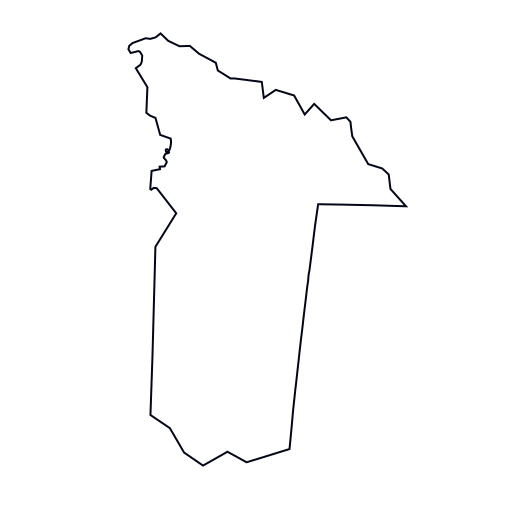 outline of Wicomico, Maryland, United States of America, rotated 95°
{"feature_id": "52423323B57942162225750", "entity_name": "Wicomico", "entity_type": "district", "adm_level": 2, "iso_a3": "USA", "parent_name": "United States of America", "parent_adm1": "Maryland", "projection": "natural_earth1", "projection_center": [-75.697, 38.394], "detail": "fine", "context": "isolated", "style": "outline", "palette": "ink", "viewbox_px": 512, "rotation_deg": 95, "n_neighbors": 0, "source": "geoboundaries", "source_scale": "gbopen_adm2", "svg_char_len": 1553}
<svg xmlns="http://www.w3.org/2000/svg" viewBox="0 0 512 512"><g transform="rotate(95 256 256)"><path d="M255.6,357.0L364.9,350.4L423.6,347.3L435.0,326.8L458.1,310.5L469.4,290.5L453.5,267.4L462.3,247.4L445.4,205.8L435.2,205.7L424.5,205.6L408.7,205.6L407.9,205.6L396.6,205.4L386.9,205.2L384.3,205.2L384.2,205.1L350.1,204.3L348.9,204.3L334.2,203.9L332.2,203.8L319.4,203.4L318.4,203.4L310.7,203.2L292.9,202.6L292.4,202.6L282.5,202.3L275.8,201.9L271.9,202.0L269.2,201.9L265.7,201.5L243.1,200.6L230.9,200.2L220.4,199.8L218.5,199.7L199.0,198.6L197.0,170.5L196.8,166.9L195.3,144.7L194.3,126.7L193.4,110.9L177.5,127.9L163.2,130.9L157.8,137.9L154.7,152.2L128.4,170.5L119.3,172.6L114.1,173.6L110.0,178.1L114.3,193.1L99.4,211.3L110.8,219.8L92.8,232.0L88.8,250.8L97.8,262.0L82.1,265.4L81.0,292.8L81.4,296.8L74.5,310.2L67.0,312.9L59.5,330.3L52.5,340.2L53.7,350.5L49.3,362.2L42.6,370.5L46.9,375.0L48.9,380.2L48.7,384.9L54.6,397.5L57.7,400.6L61.2,401.1L64.7,398.5L62.1,391.1L62.7,389.4L66.2,386.8L72.4,386.7L75.4,387.7L79.4,392.1L97.3,378.9L122.9,377.7L125.4,373.8L127.2,368.2L143.7,362.0L146.5,351.2L148.7,350.7L151.2,350.5L154.0,350.7L156.5,351.0L157.5,351.3L158.0,351.6L158.1,352.4L157.4,354.0L157.5,354.8L158.3,355.2L159.9,354.8L160.2,354.3L160.1,353.5L159.7,352.4L160.0,351.7L160.6,351.7L161.3,352.7L161.7,354.2L162.5,355.4L165.5,356.5L166.3,356.3L168.4,354.1L169.6,353.3L170.4,353.1L174.7,354.9L175.4,359.8L177.9,359.2L180.3,367.4L198.5,367.2L199.1,366.1L197.1,363.9L197.1,360.8L220.4,339.2L255.6,357.0Z" fill="none" stroke="#020617" stroke-width="2"/></g></svg>